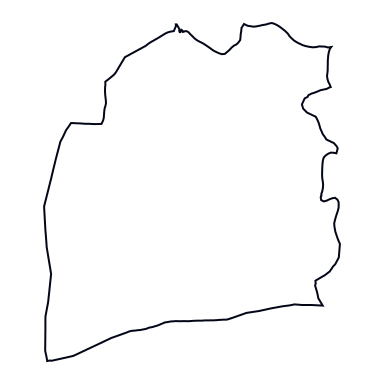 Bani Qays, Hajjah, Yemen
{"feature_id": "15242507B13849727966000", "entity_name": "Bani Qays", "entity_type": "district", "adm_level": 2, "iso_a3": "YEM", "parent_name": "Yemen", "parent_adm1": "Hajjah", "projection": "mercator", "projection_center": [43.354, 15.631], "detail": "fine", "context": "isolated", "style": "outline", "palette": "ink", "viewbox_px": 384, "rotation_deg": 0, "n_neighbors": 0, "source": "geoboundaries", "source_scale": "gbopen_adm2", "svg_char_len": 4257}
<svg xmlns="http://www.w3.org/2000/svg" viewBox="0 0 384 384"><path d="M71.1,123.0L67.8,127.8L66.0,130.3L62.9,137.0L60.4,141.6L58.1,150.4L55.7,159.5L54.7,163.7L53.4,169.0L51.6,176.5L51.3,178.0L50.3,181.8L47.8,191.8L44.1,206.4L44.2,208.6L45.4,230.2L45.6,232.4L46.3,241.3L46.7,247.2L47.4,251.4L48.6,258.8L49.5,264.1L51.1,274.0L50.0,284.4L49.4,290.3L48.1,302.3L46.2,312.4L45.7,315.1L45.5,316.2L45.4,318.5L45.4,328.5L45.3,339.2L45.2,348.5L45.2,350.9L46.3,355.9L47.2,360.8L47.2,361.0L50.0,360.5L51.4,360.8L65.0,357.8L73.3,355.9L111.5,337.9L127.5,332.2L129.2,331.4L130.0,331.3L131.0,331.0L131.3,330.9L132.6,330.8L133.9,330.6L135.2,330.6L136.5,330.4L137.9,330.1L139.2,330.1L140.5,330.0L141.7,329.7L142.9,329.5L144.3,329.2L145.7,329.0L146.9,328.5L148.1,328.1L149.2,327.6L150.5,327.4L151.8,327.2L153.6,326.7L154.8,326.3L156.3,325.9L157.0,325.7L157.4,325.5L157.5,325.5L158.7,325.1L159.8,324.6L160.9,324.1L162.2,323.6L163.6,323.0L164.8,322.4L166.1,322.3L167.4,322.1L169.4,321.7L171.0,321.4L172.1,321.4L173.5,321.3L175.3,321.1L176.9,321.1L178.5,321.2L179.3,321.2L179.8,321.2L181.5,321.2L182.9,321.1L184.1,321.1L184.5,321.1L185.4,321.1L185.7,321.1L187.2,321.2L188.5,321.2L189.8,321.1L191.2,321.0L193.3,320.8L194.5,320.8L196.0,320.7L197.8,320.7L199.1,320.7L200.9,320.7L202.7,320.6L204.5,320.4L206.3,320.4L208.3,320.4L210.4,320.3L212.0,320.3L212.9,320.3L213.8,320.3L215.6,320.2L217.4,320.1L219.3,319.9L221.2,319.8L223.0,319.7L224.8,319.7L226.5,319.6L227.0,319.6L230.6,318.4L230.6,318.5L246.5,312.9L259.1,311.0L271.0,308.4L273.7,307.9L273.8,307.9L282.4,306.3L289.6,305.4L294.5,304.4L302.2,305.0L311.4,305.0L322.7,305.6L318.4,298.4L318.2,297.6L317.6,294.5L316.9,291.6L316.0,288.6L315.1,285.6L315.7,283.4L315.4,280.7L322.0,276.8L324.7,275.3L327.3,273.3L329.7,271.5L331.3,269.1L331.7,268.7L332.9,266.6L335.2,264.3L338.8,257.5L339.5,249.1L339.9,243.9L338.5,240.7L337.5,238.1L336.5,235.2L335.6,232.4L335.4,232.0L334.9,229.2L334.4,226.3L334.2,223.1L335.0,220.0L335.8,217.0L336.7,214.2L337.7,211.3L338.6,207.8L338.6,207.4L338.7,205.2L338.6,202.1L337.4,199.6L335.0,197.8L332.1,198.3L329.2,199.4L326.6,200.7L323.8,201.4L321.2,200.1L320.7,197.3L321.0,196.1L321.4,195.8L321.4,195.6L321.3,194.1L322.3,191.1L322.9,188.0L323.1,185.0L322.9,182.2L322.4,179.3L322.1,176.1L322.1,173.1L322.2,170.2L322.3,167.1L322.5,164.0L322.8,160.9L323.7,157.6L325.6,155.5L328.2,153.7L330.9,152.6L333.9,152.8L336.4,153.3L337.7,148.4L336.7,146.3L333.9,143.1L326.4,139.5L324.6,136.6L323.4,135.0L322.8,134.2L321.5,131.2L320.9,129.8L320.2,128.2L319.4,125.2L318.9,123.6L318.5,122.4L317.3,119.7L315.8,116.8L307.1,112.6L303.2,108.7L301.9,104.4L304.7,98.4L307.7,96.8L308.4,95.2L311.3,93.7L315.0,92.5L318.0,91.3L320.8,90.1L323.8,89.5L326.7,88.9L329.3,87.5L330.7,87.1L329.7,84.5L328.3,81.8L327.5,79.1L327.0,76.0L327.4,73.1L327.7,70.1L327.7,66.9L327.8,64.1L327.8,61.0L328.0,58.0L328.3,54.9L328.9,51.8L330.0,48.6L331.2,47.0L328.0,47.5L324.9,46.6L322.0,46.5L319.0,46.4L316.1,47.1L312.5,47.3L309.2,46.8L305.7,46.1L302.8,45.2L299.6,43.7L296.5,42.1L294.0,40.5L291.6,38.3L289.6,36.3L287.8,33.6L285.4,31.2L282.9,29.2L280.2,27.1L277.4,25.3L274.6,23.9L271.8,23.0L268.8,23.6L266.0,24.5L262.7,25.0L259.9,25.7L256.3,26.4L253.4,26.7L250.5,26.2L247.7,25.8L244.0,24.0L241.5,28.0L241.2,31.4L240.7,34.2L240.5,37.1L240.2,40.0L238.5,42.4L236.7,44.2L236.4,44.4L233.7,45.8L231.5,47.7L229.5,49.9L227.2,51.9L224.8,53.9L221.9,54.2L219.1,53.3L216.0,51.9L213.5,50.6L211.1,48.9L208.5,47.0L205.5,45.0L202.9,43.3L200.0,41.9L197.4,40.5L195.0,38.8L192.7,36.5L190.3,34.2L188.3,32.0L186.8,31.3L185.9,31.1L184.7,31.3L183.6,31.8L182.6,31.9L182.3,31.2L182.5,30.7L182.2,30.4L181.9,30.2L181.4,29.8L180.6,30.6L180.2,32.1L179.7,32.1L179.3,31.1L179.3,28.9L176.7,24.4L175.8,24.4L176.0,25.9L173.8,31.1L170.6,31.6L167.7,32.4L165.0,33.7L162.3,35.4L159.7,37.0L157.2,38.5L154.9,39.8L154.4,40.1L153.2,40.8L151.7,41.6L148.5,43.6L145.8,45.8L124.9,57.2L115.7,72.6L113.9,74.8L111.6,76.7L108.3,79.4L105.3,81.7L105.4,84.7L105.1,87.2L105.1,87.6L105.0,90.6L105.1,93.5L105.4,96.6L105.8,100.0L106.0,102.9L105.5,105.7L104.6,108.5L104.2,111.8L104.0,114.6L103.8,117.7L103.1,120.5L101.5,123.9L98.4,124.0L95.3,124.1L92.3,124.0L89.2,123.8L85.9,123.8L85.4,123.8L82.7,123.6L79.9,123.4L77.9,123.3L76.7,123.3L73.4,123.1L71.1,123.0Z" fill="none" stroke="#020617" stroke-width="2"/></svg>